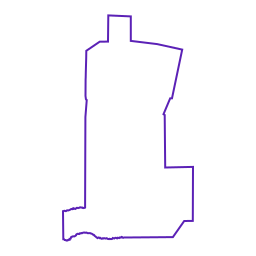 Santa Rosa, Mendoza, Argentina (Robinson projection)
{"feature_id": "61730980B20079308616386", "entity_name": "Santa Rosa", "entity_type": "district", "adm_level": 2, "iso_a3": "ARG", "parent_name": "Argentina", "parent_adm1": "Mendoza", "projection": "robinson", "projection_center": [-68.23, -33.529], "detail": "fine", "context": "isolated", "style": "outline", "palette": "violet", "viewbox_px": 256, "rotation_deg": 0, "n_neighbors": 0, "source": "geoboundaries", "source_scale": "gbopen_adm2", "svg_char_len": 2360}
<svg xmlns="http://www.w3.org/2000/svg" viewBox="0 0 256 256"><path d="M192.8,220.9L193.0,166.9L165.2,167.5L164.7,115.0L163.5,114.2L170.2,98.3L172.0,98.3L182.2,49.6L157.2,44.1L130.8,40.9L130.8,16.4L108.3,15.4L108.0,41.6L99.7,41.7L86.3,50.8L86.2,58.0L85.8,72.3L85.7,77.4L85.6,79.5L85.5,95.9L85.9,99.1L86.2,99.6L86.6,99.8L86.7,100.1L86.7,100.6L85.4,117.0L85.1,204.5L85.1,207.6L84.8,207.8L84.5,207.9L84.0,207.8L83.7,207.9L83.2,208.1L82.8,208.0L82.4,207.6L82.2,207.5L81.8,207.6L81.3,207.6L80.8,207.3L80.5,207.3L79.8,207.4L79.6,207.7L79.1,207.8L78.6,207.9L78.0,208.1L77.2,207.8L76.5,207.9L76.3,208.1L75.8,208.7L75.2,209.0L74.9,208.9L74.5,208.7L74.2,208.6L73.7,208.2L73.3,208.2L72.9,208.4L72.7,208.7L72.8,209.1L72.4,209.2L71.9,209.0L71.6,209.1L71.3,209.0L70.5,209.4L70.0,209.8L69.6,210.0L69.0,210.2L68.4,210.4L68.0,210.5L67.7,210.4L67.4,210.3L66.9,210.4L66.6,210.6L66.3,210.9L66.0,211.1L65.4,211.1L64.7,210.8L64.2,210.8L63.9,210.9L63.6,211.1L63.0,211.2L63.3,239.0L63.7,238.9L64.1,239.3L64.3,239.7L64.6,240.0L65.4,240.0L65.8,240.2L66.2,240.5L67.0,240.6L67.6,240.4L67.6,240.1L68.1,240.0L69.5,239.8L69.4,239.3L69.5,238.9L70.1,238.9L70.6,238.7L70.8,238.2L70.9,237.6L71.2,237.0L71.9,236.7L72.5,236.7L72.9,236.3L73.6,236.3L74.5,236.4L75.1,236.0L75.6,235.7L76.1,235.3L76.2,234.6L76.7,234.2L77.0,234.1L77.5,233.8L78.1,233.8L78.6,234.0L79.2,234.0L79.4,233.7L79.9,233.3L80.5,233.5L80.9,233.4L81.1,233.1L81.4,233.0L82.1,233.2L83.0,232.7L83.5,232.6L84.3,232.5L85.1,232.8L85.9,232.6L86.6,232.6L86.8,232.7L87.3,233.1L88.0,233.1L88.7,233.2L89.4,233.1L90.1,233.1L90.8,233.5L91.5,233.6L92.6,234.2L93.0,234.5L93.3,234.9L93.9,234.9L94.2,235.1L94.3,235.5L94.7,235.9L95.8,236.7L96.3,237.2L97.5,238.1L97.9,237.8L98.4,237.5L98.9,237.7L99.8,238.2L100.1,237.8L101.5,238.7L101.8,238.8L102.2,238.7L102.6,238.3L103.1,238.2L103.5,238.5L104.7,238.2L105.4,238.5L106.0,238.5L106.6,238.2L107.1,238.4L107.7,238.9L108.3,239.0L109.1,239.1L109.5,238.8L110.0,238.9L111.0,239.1L111.7,239.0L112.1,238.9L112.5,238.5L112.8,238.0L113.4,238.2L114.2,238.5L114.5,238.3L115.1,237.9L115.5,237.8L116.2,237.9L116.6,238.2L117.1,238.4L117.4,238.1L117.8,237.7L119.2,238.1L119.7,237.8L120.0,237.4L120.5,237.6L120.9,237.6L121.2,237.3L121.6,236.9L122.0,237.0L122.4,237.5L122.8,237.7L123.2,237.8L123.5,237.7L123.8,237.5L162.6,237.2L172.9,237.1L184.2,221.0L192.8,220.9Z" fill="none" stroke="#5b21b6" stroke-width="2"/></svg>